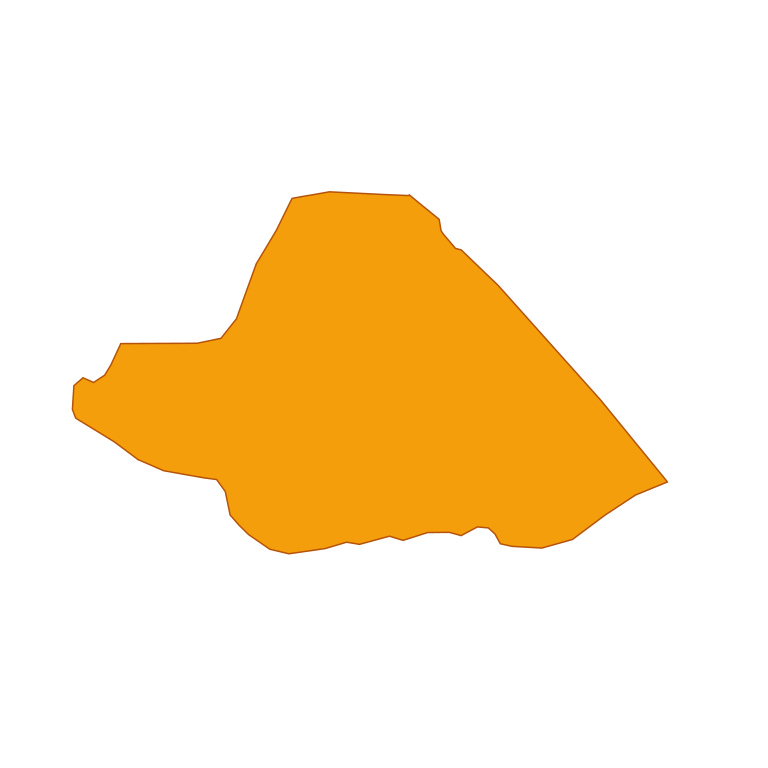 outline of Boe & Quilla, Nimba, Liberia, rotated 285°
{"feature_id": "62588387B21067170743113", "entity_name": "Boe & Quilla", "entity_type": "district", "adm_level": 2, "iso_a3": "LBR", "parent_name": "Liberia", "parent_adm1": "Nimba", "projection": "natural_earth1", "projection_center": [-8.658, 6.778], "detail": "fine", "context": "isolated", "style": "filled", "palette": "amber", "viewbox_px": 768, "rotation_deg": 285, "n_neighbors": 0, "source": "geoboundaries", "source_scale": "gbopen_adm2", "svg_char_len": 1316}
<svg xmlns="http://www.w3.org/2000/svg" viewBox="0 0 768 768"><g transform="rotate(285 384 384)"><path d="M364.1,681.3L381.1,657.7L391.4,643.4L415.4,610.1L424.3,597.8L467.8,531.3L508.8,468.7L517.7,452.5L533.5,423.9L533.5,417.9L544.5,402.0L546.0,400.4L546.9,399.4L557.3,394.7L567.9,371.1L573.2,359.5L572.3,358.7L567.0,334.9L565.6,328.4L564.2,321.9L555.5,281.5L549.1,267.8L543.6,255.8L539.5,247.2L535.3,246.3L525.2,244.3L504.9,240.3L483.3,234.2L467.0,229.5L463.3,229.2L437.7,227.0L408.8,224.6L388.5,215.8L386.0,214.8L375.1,193.2L369.7,173.7L368.8,170.3L354.9,119.3L336.6,116.1L331.9,115.3L320.2,111.9L316.1,108.2L310.3,103.1L312.1,91.6L302.1,84.9L296.7,86.0L278.8,89.6L271.3,95.0L270.2,98.4L269.8,99.7L264.8,116.7L258.4,138.2L250.8,157.3L248.1,164.0L247.3,165.9L243.6,190.9L243.2,193.6L245.0,214.5L246.7,234.1L248.4,247.0L245.1,251.1L239.1,258.5L217.6,269.3L210.0,280.7L203.5,292.2L196.6,311.6L194.8,316.5L195.3,332.6L195.4,336.1L209.9,369.9L221.5,388.8L222.5,398.9L222.7,401.7L235.1,423.0L238.4,428.7L238.3,431.9L237.9,442.9L251.8,464.6L256.7,482.1L257.6,485.5L257.6,490.9L257.5,497.7L270.1,511.2L272.0,522.0L267.8,530.1L259.8,537.7L260.3,549.6L266.2,578.0L266.3,578.8L282.6,606.3L286.3,609.2L314.3,631.2L341.8,655.6L352.7,669.9L362.7,683.1L364.1,681.3Z" fill="#f59e0b" stroke="#b45309" stroke-width="1.5"/></g></svg>